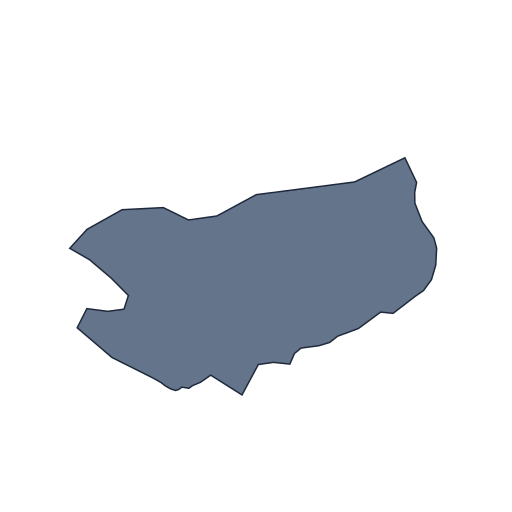 map outline of Nakasongola (Robinson projection), rotated 124°
{"feature_id": "UGA-3090", "entity_name": "Nakasongola", "entity_type": "District", "adm_level": 1, "iso_a3": "UGA", "parent_name": "Uganda", "parent_adm1": "", "projection": "robinson", "projection_center": [32.471, 1.323], "detail": "fine", "context": "isolated", "style": "filled", "palette": "slate", "viewbox_px": 512, "rotation_deg": 124, "n_neighbors": 0, "source": "natural_earth", "source_scale": "10m", "svg_char_len": 779}
<svg xmlns="http://www.w3.org/2000/svg" viewBox="0 0 512 512"><g transform="rotate(124 256 256)"><path d="M177.5,97.3L191.0,97.8L200.2,101.4L226.9,110.3L232.8,121.3L258.9,130.6L276.9,143.5L286.5,146.6L295.1,153.6L307.2,167.2L315.3,169.6L326.7,167.5L334.4,182.0L344.7,193.4L379.0,189.9L380.1,226.9L391.7,231.4L398.9,236.1L403.1,237.6L406.2,244.1L410.0,245.5L412.5,247.5L413.9,252.4L414.4,258.4L414.0,263.9L414.8,273.5L420.7,318.7L415.5,364.1L394.2,366.8L384.8,348.0L373.9,335.7L360.1,339.7L355.3,363.8L352.2,391.9L353.8,414.7L328.4,411.0L292.5,392.9L267.7,359.9L263.9,332.2L244.7,310.8L205.0,290.1L139.5,215.7L91.3,187.5L105.2,164.0L114.5,160.0L123.3,153.9L134.6,137.5L141.5,118.7L148.5,110.6L163.0,101.9L177.5,97.3Z" fill="#64748b" stroke="#1e293b" stroke-width="1.5"/></g></svg>